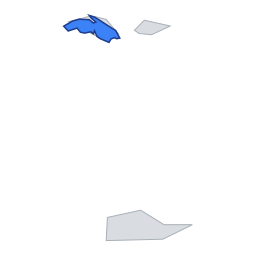 United States Virgin Islands, with Saint Thomas highlighted
{"feature_id": "VIR-4868", "entity_name": "Saint Thomas", "entity_type": "state/province", "adm_level": 1, "iso_a3": "VIR", "parent_name": "United States Virgin Islands", "parent_adm1": "", "projection": "natural_earth1", "projection_center": [-64.931, 18.346], "detail": "fine", "context": "in_parent", "style": "filled", "palette": "blue", "viewbox_px": 256, "rotation_deg": 0, "n_neighbors": 0, "source": "natural_earth", "source_scale": "10m", "svg_char_len": 678}
<svg xmlns="http://www.w3.org/2000/svg" viewBox="0 0 256 256"><path d="M140.6,210.2L164.0,224.7L192.3,224.7L162.8,239.2L106.2,240.6L107.4,217.4L140.6,210.2ZM118.5,34.0L97.6,36.8L68.7,21.6L91.4,15.8L106.2,19.4L118.5,34.0ZM170.1,26.0L151.6,34.7L139.2,33.5L134.4,30.3L144.3,20.2L170.1,26.0Z" fill="#d9dde1" stroke="#a8b0b8" stroke-width="1"/><path d="M111.0,39.0L109.0,42.4L100.2,38.7L97.0,36.4L94.5,30.8L93.4,33.8L90.7,31.8L84.7,33.1L80.4,32.2L77.0,28.1L68.2,31.0L63.7,26.2L72.0,21.3L79.0,19.2L89.2,19.7L93.4,23.0L95.9,22.1L91.4,18.2L89.2,15.4L95.2,17.4L105.5,24.1L115.7,30.6L119.8,38.1L116.7,38.7L114.2,37.7L111.0,39.0Z" fill="#3b82f6" stroke="#1e3a8a" stroke-width="1.5"/></svg>